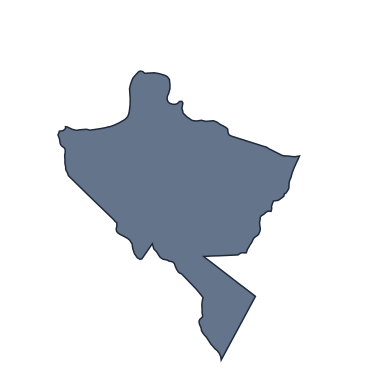 the district of Glória, Bahia, Brazil, rotated 314°
{"feature_id": "56859067B59812868338387", "entity_name": "Glória", "entity_type": "district", "adm_level": 2, "iso_a3": "BRA", "parent_name": "Brazil", "parent_adm1": "Bahia", "projection": "mercator", "projection_center": [-38.437, -9.244], "detail": "fine", "context": "isolated", "style": "filled", "palette": "slate", "viewbox_px": 384, "rotation_deg": 314, "n_neighbors": 0, "source": "geoboundaries", "source_scale": "gbopen_adm2", "svg_char_len": 3307}
<svg xmlns="http://www.w3.org/2000/svg" viewBox="0 0 384 384"><g transform="rotate(314 192 192)"><path d="M246.4,146.1L244.9,144.3L243.7,142.6L243.3,141.2L243.0,139.0L242.5,136.7L242.6,130.7L244.1,128.6L245.1,126.7L249.6,123.7L250.2,121.7L248.4,120.1L245.5,120.1L243.4,119.0L241.5,116.9L240.3,114.2L240.3,112.3L240.9,110.5L242.6,108.5L244.9,107.3L246.7,106.7L250.8,104.5L253.9,101.6L257.3,97.5L257.8,94.2L257.4,92.3L256.8,90.9L254.2,85.9L251.5,82.0L244.5,75.5L244.4,72.9L243.0,70.7L241.4,70.1L237.8,70.1L233.5,70.3L231.6,70.8L229.7,71.6L225.9,73.5L222.9,75.3L216.4,82.5L211.8,86.8L206.7,90.7L203.4,92.7L201.1,93.4L198.2,93.4L196.0,93.0L194.2,92.4L190.9,91.5L185.6,89.4L181.8,87.5L180.8,86.6L178.5,85.3L175.5,83.2L172.8,81.2L165.3,75.4L164.7,73.8L163.3,72.0L158.4,67.7L156.0,66.0L154.0,62.5L152.1,56.9L151.1,55.6L150.0,56.8L148.5,56.9L147.0,56.7L145.3,55.7L143.6,54.3L142.0,55.2L140.0,55.9L139.1,57.8L138.3,59.5L136.7,61.7L135.6,63.1L134.9,64.3L134.6,66.0L134.8,67.9L135.0,70.1L133.8,72.0L132.1,73.5L130.1,74.8L128.6,76.3L127.2,78.0L125.8,79.3L124.5,80.5L123.6,81.7L122.5,83.5L120.8,85.1L119.9,86.9L119.4,88.8L118.8,90.0L117.9,91.8L117.7,116.5L117.7,118.1L117.7,154.8L117.4,156.7L117.6,159.4L115.2,161.7L112.8,163.1L111.3,165.1L111.1,167.4L111.6,170.0L112.6,173.1L113.9,177.9L114.1,180.8L113.0,185.0L110.3,188.5L108.4,192.0L107.6,193.7L107.1,196.4L106.7,198.1L107.4,201.2L109.0,202.4L127.2,199.4L126.4,200.8L124.6,204.0L124.4,207.1L124.3,208.6L123.5,211.6L122.9,214.4L123.5,217.9L124.8,219.8L125.9,221.7L126.2,223.2L127.1,224.7L128.3,226.6L128.3,228.9L127.6,230.3L126.7,232.2L125.8,234.3L125.2,236.6L124.9,238.1L125.2,239.8L125.9,241.1L125.1,262.4L123.8,273.2L122.2,274.2L120.5,275.3L118.2,277.0L116.5,278.7L115.4,279.9L114.3,281.1L113.3,282.0L112.2,283.0L110.9,285.0L109.5,286.3L105.7,286.1L103.9,286.8L102.1,289.1L100.6,292.8L98.8,295.3L98.1,297.8L97.7,300.6L97.6,303.1L96.5,307.9L95.7,311.4L95.5,314.3L95.2,317.1L95.4,320.3L95.0,323.3L93.7,326.8L91.4,329.7L111.6,324.0L131.6,318.4L151.5,312.8L158.0,311.0L161.0,310.1L159.3,294.8L158.6,289.3L158.4,287.7L157.7,281.0L155.5,261.2L154.1,249.0L153.8,246.7L153.8,245.2L159.5,250.5L161.9,252.8L164.3,255.2L178.7,268.8L181.4,269.3L182.9,270.1L184.3,271.6L185.9,273.3L188.0,272.3L189.6,271.6L192.1,271.1L193.9,270.5L196.6,270.1L199.0,269.4L200.8,268.7L202.7,268.5L204.5,268.9L206.1,269.2L207.8,269.3L209.7,268.6L211.5,267.8L213.3,266.4L215.0,264.1L216.7,262.0L218.8,260.6L219.9,259.8L221.2,258.7L222.7,258.3L224.2,258.7L226.2,259.2L228.2,259.3L229.7,259.5L231.6,260.5L232.9,262.3L234.4,261.6L235.8,260.5L237.0,259.1L238.3,258.5L239.9,257.7L242.2,256.9L245.7,259.7L247.6,260.2L250.8,260.8L252.8,261.0L254.7,259.8L256.8,260.3L259.5,259.8L261.5,259.3L263.2,258.1L264.8,256.5L266.4,255.3L268.2,254.2L270.0,253.5L271.5,253.0L272.9,252.1L275.4,250.8L278.4,249.4L281.5,248.2L282.8,247.8L285.1,246.9L286.6,246.4L287.9,246.0L290.1,245.2L292.6,244.3L288.8,241.5L287.1,239.5L284.7,236.2L282.3,233.5L281.2,232.0L280.6,230.4L277.5,220.3L276.7,218.0L276.0,214.4L274.8,212.2L272.6,207.8L271.8,206.1L266.6,195.7L265.5,193.4L260.0,182.4L259.0,179.8L259.2,177.5L260.0,176.4L262.0,174.0L262.0,171.7L261.1,168.0L260.3,165.8L260.0,163.9L259.8,162.3L259.4,160.9L258.2,157.9L253.2,153.6L251.9,152.1L250.2,149.0L246.4,146.1Z" fill="#64748b" stroke="#1e293b" stroke-width="1.5"/></g></svg>